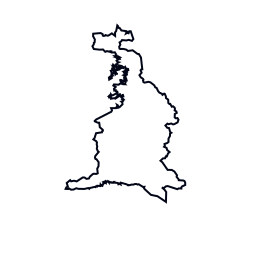 the district of Huancane, Puno, Peru, rotated 121°
{"feature_id": "86281439B8131486322955", "entity_name": "Huancane", "entity_type": "district", "adm_level": 2, "iso_a3": "PER", "parent_name": "Peru", "parent_adm1": "Puno", "projection": "natural_earth1", "projection_center": [-69.717, -15.15], "detail": "fine", "context": "isolated", "style": "outline", "palette": "ink", "viewbox_px": 256, "rotation_deg": 121, "n_neighbors": 0, "source": "geoboundaries", "source_scale": "gbopen_adm2", "svg_char_len": 5791}
<svg xmlns="http://www.w3.org/2000/svg" viewBox="0 0 256 256"><g transform="rotate(121 128 128)"><path d="M43.7,175.5L44.4,176.7L46.5,176.3L46.9,177.7L47.9,178.3L46.0,178.5L46.4,179.6L46.0,179.7L47.8,183.9L46.6,186.6L47.1,187.8L45.9,188.8L45.6,190.0L50.9,188.1L52.8,188.3L55.7,186.5L55.2,190.6L58.7,192.3L59.4,193.1L60.0,195.2L60.8,195.3L61.6,196.3L61.8,197.1L60.6,198.1L60.7,200.3L65.1,206.4L67.3,205.2L69.2,202.0L71.9,200.7L72.6,201.1L74.0,200.4L76.2,200.6L77.9,198.0L75.4,192.5L73.6,189.9L74.4,186.7L72.9,185.6L72.5,184.1L71.2,182.6L70.9,181.8L71.3,181.7L71.4,181.0L71.8,181.4L71.7,180.8L69.9,178.2L70.7,176.7L72.5,175.7L71.7,175.0L72.3,174.1L71.7,173.4L71.6,170.9L72.2,171.1L72.1,171.7L72.7,173.7L72.4,172.0L72.9,171.2L73.1,172.1L73.4,171.9L73.4,173.1L72.9,172.9L73.0,173.9L72.4,174.3L73.0,175.6L73.1,174.5L73.6,175.0L73.3,173.6L73.7,173.9L73.8,172.9L74.9,172.9L73.8,172.6L73.7,172.0L74.3,171.8L74.8,172.5L75.8,171.8L76.3,172.2L76.8,170.7L76.5,169.8L77.8,170.6L78.9,170.2L79.5,171.0L81.5,170.6L81.2,171.6L81.5,172.4L81.8,172.2L81.4,173.4L81.9,173.3L81.9,174.1L82.3,172.9L83.0,173.0L84.2,171.0L85.6,170.7L85.6,172.0L86.9,171.3L87.8,172.2L88.8,170.7L90.6,169.7L93.1,169.1L93.4,170.0L94.7,170.3L96.2,169.0L93.5,167.6L92.7,168.7L90.9,168.0L90.1,169.1L89.7,168.1L89.6,169.3L87.8,168.6L87.9,168.0L87.2,168.2L86.6,167.6L88.3,166.4L87.7,166.3L86.9,164.6L87.3,166.0L87.9,166.5L86.5,167.0L86.1,167.8L87.0,169.2L82.9,171.5L82.4,171.6L82.4,171.1L82.3,172.1L81.8,171.0L82.2,170.5L81.9,169.9L81.8,170.9L80.8,169.8L81.2,168.9L81.7,169.2L81.9,168.9L81.0,168.6L80.7,167.7L79.1,168.2L78.6,166.8L80.1,167.7L80.2,167.1L81.0,167.4L80.5,167.0L80.8,167.0L81.3,167.6L81.3,168.4L82.4,168.3L81.7,167.9L83.2,167.1L84.0,167.8L83.5,167.9L84.0,168.6L84.8,168.1L83.5,166.6L82.8,166.8L83.6,166.0L82.7,166.6L82.3,165.5L80.6,165.3L80.9,165.1L79.9,164.4L79.7,164.9L79.2,164.9L79.1,162.8L78.5,162.4L78.4,163.3L78.2,163.5L77.8,161.8L77.2,161.8L78.1,160.4L77.9,159.4L76.9,159.1L79.2,159.0L79.8,160.1L80.3,159.8L81.5,160.6L81.3,159.8L80.7,159.8L81.0,159.6L77.7,158.0L78.3,157.5L79.2,158.4L79.8,158.1L80.8,158.8L80.8,157.8L81.7,158.2L81.5,157.4L82.7,156.5L83.2,157.2L82.6,157.7L83.3,158.2L82.9,158.2L83.1,159.0L83.6,158.1L85.0,159.0L84.7,156.8L85.5,156.8L85.0,157.3L85.4,157.6L87.0,157.2L87.4,155.8L86.5,155.1L87.0,154.6L87.0,155.2L87.4,154.9L88.0,155.6L88.3,154.2L90.1,156.7L90.5,159.0L91.5,159.9L90.9,158.6L91.1,157.0L89.4,154.9L89.6,153.8L90.7,153.4L92.0,153.7L92.1,153.2L92.6,154.1L91.8,156.0L92.7,155.8L92.8,156.9L93.2,156.4L93.3,157.2L93.4,156.4L94.2,157.8L95.7,158.3L97.9,162.5L99.2,162.4L99.2,159.7L101.7,160.2L103.0,159.0L101.9,158.0L102.7,157.3L102.3,155.9L103.1,155.1L107.7,157.8L108.4,159.2L108.0,160.0L109.1,159.6L109.0,160.4L110.2,160.7L109.8,160.0L110.8,159.7L112.1,160.5L110.4,158.2L111.6,157.6L109.4,155.0L109.4,154.0L107.3,153.0L107.8,154.0L105.6,153.5L104.9,154.3L104.9,153.4L106.0,152.6L104.5,152.1L103.5,152.7L103.2,152.3L104.3,151.3L103.9,150.5L102.9,149.4L101.7,150.0L103.3,148.3L104.2,149.5L105.0,149.8L105.8,146.6L106.6,147.5L107.1,146.1L108.2,146.3L108.8,147.1L109.0,146.1L110.5,144.9L114.2,145.9L114.8,147.1L113.8,148.5L113.8,149.3L115.7,146.9L116.4,147.8L116.3,148.6L117.2,148.6L119.7,152.7L121.1,150.8L122.7,150.7L137.0,159.6L139.1,160.2L139.4,159.9L139.0,156.6L138.3,155.4L141.9,152.5L142.5,148.8L143.2,148.1L143.9,148.5L145.1,148.1L148.9,152.7L153.8,151.5L155.6,151.8L155.7,148.4L156.3,147.2L158.0,146.5L159.6,144.9L161.8,144.1L163.3,142.1L163.6,140.8L168.7,141.6L170.4,141.1L171.3,139.9L171.0,138.9L172.4,135.6L175.9,133.6L178.8,133.4L182.4,130.6L183.6,131.4L185.0,134.0L185.8,134.5L189.3,135.6L191.4,135.5L193.0,137.4L192.8,139.7L193.7,141.3L200.2,144.5L201.0,147.1L203.0,149.3L202.5,150.7L206.7,152.2L209.2,149.4L210.7,150.3L212.3,150.1L211.1,147.8L210.2,147.5L210.2,145.0L208.8,143.0L206.3,141.3L205.7,139.2L202.7,134.0L199.9,131.1L200.1,129.9L199.1,129.8L195.7,126.3L195.4,125.3L194.3,125.3L194.0,124.3L193.3,124.5L192.1,121.9L190.8,122.4L191.3,121.5L190.9,120.4L190.1,121.0L189.6,120.3L188.5,120.6L187.6,119.9L187.1,121.4L186.6,121.0L186.6,118.8L185.7,119.5L185.8,120.3L185.0,119.9L185.8,118.6L184.7,118.5L184.1,117.6L184.4,116.7L183.8,117.2L183.6,114.5L182.4,114.6L183.0,114.3L182.8,112.8L181.9,112.6L182.1,112.1L181.4,111.7L181.8,111.4L180.4,108.5L181.2,107.3L180.3,106.9L180.2,105.7L179.7,106.4L179.3,105.7L178.6,106.0L177.0,100.3L177.1,98.6L176.7,98.6L176.1,97.0L174.8,96.0L173.7,94.1L172.7,93.5L171.7,92.0L171.5,90.6L170.7,89.8L170.8,84.9L170.0,83.7L171.2,83.5L171.8,82.3L173.5,73.9L171.3,67.6L171.8,57.4L163.2,62.3L162.1,64.9L161.5,68.3L161.1,66.4L158.4,65.4L157.3,64.0L155.0,54.1L153.7,53.5L152.4,51.1L151.5,51.7L150.1,51.5L147.4,49.6L145.4,50.8L144.4,52.2L144.5,53.5L146.6,57.6L145.9,58.2L144.8,61.2L143.3,61.6L141.4,65.8L141.4,68.9L143.5,72.5L139.7,80.9L139.3,83.3L136.1,82.4L134.8,80.6L133.5,80.9L132.9,80.4L132.3,80.7L132.1,80.1L129.1,80.6L127.2,80.0L126.7,83.1L125.2,84.7L125.5,87.4L124.4,87.2L122.9,88.5L120.6,86.6L119.1,86.1L116.3,87.8L113.3,87.9L111.1,89.1L109.8,88.4L109.7,89.8L106.9,92.8L107.6,94.4L106.6,97.2L104.0,96.5L103.9,95.3L101.9,93.3L101.7,91.2L100.7,90.2L97.7,88.4L94.9,89.0L94.0,90.7L95.0,91.9L94.9,93.4L91.9,95.1L89.9,94.0L88.9,95.1L88.9,97.1L87.5,97.5L86.5,98.6L86.2,100.6L87.2,101.4L85.6,104.2L86.1,104.8L85.8,106.3L83.0,108.2L82.8,110.8L81.4,111.8L79.8,114.1L79.9,114.7L81.8,115.5L81.2,116.5L81.5,119.4L80.8,121.3L78.9,124.1L79.1,125.7L77.9,127.4L77.3,132.2L77.9,134.3L80.6,137.2L80.7,138.4L79.4,139.7L78.7,139.6L78.1,140.6L78.0,143.2L76.8,145.4L73.6,144.8L72.1,146.9L70.7,146.7L70.3,146.0L60.9,153.2L59.0,156.8L59.6,158.0L59.0,164.0L62.0,167.8L61.7,169.8L62.6,172.7L64.3,175.4L64.3,176.2L62.9,177.4L60.5,177.5L59.0,179.3L57.1,178.4L55.7,178.4L53.8,174.5L52.0,172.7L51.3,169.5L49.0,169.2L43.7,175.5Z" fill="none" stroke="#020617" stroke-width="2"/></g></svg>